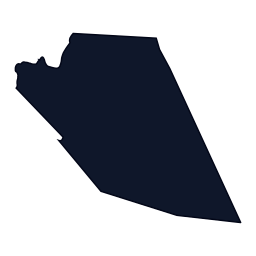 outline of Chassin/Babonneau, Dauphin, Saint Lucia
{"feature_id": "8701671B17247677679787", "entity_name": "Chassin/Babonneau", "entity_type": "district", "adm_level": 2, "iso_a3": "LCA", "parent_name": "Saint Lucia", "parent_adm1": "Dauphin", "projection": "natural_earth1", "projection_center": [-60.929, 13.991], "detail": "fine", "context": "isolated", "style": "filled", "palette": "ink", "viewbox_px": 256, "rotation_deg": 0, "n_neighbors": 0, "source": "geoboundaries", "source_scale": "gbopen_adm2", "svg_char_len": 4119}
<svg xmlns="http://www.w3.org/2000/svg" viewBox="0 0 256 256"><path d="M73.2,33.5L73.0,33.8L72.8,34.0L72.7,34.1L72.6,34.3L72.3,34.6L72.0,34.9L71.8,35.2L71.6,35.4L71.5,35.6L71.2,36.1L71.0,36.3L71.0,36.5L70.9,36.6L70.8,36.8L70.6,37.1L70.1,37.9L70.0,38.2L69.9,38.6L69.8,38.9L69.7,39.3L69.7,39.7L69.7,39.9L69.6,40.1L69.6,40.3L69.6,40.7L69.6,41.1L69.7,41.5L69.8,41.8L69.9,42.1L70.0,42.4L69.8,43.0L69.3,43.9L69.2,44.0L69.0,44.3L68.9,44.4L68.7,44.7L68.5,45.0L68.3,45.2L68.2,45.4L68.1,45.5L67.9,45.7L67.7,46.1L67.4,46.5L67.1,46.9L67.0,47.0L66.9,47.2L66.8,47.3L66.7,47.4L66.4,47.9L66.3,48.1L66.1,48.4L65.9,48.6L65.8,48.9L65.6,49.2L65.5,49.3L65.4,49.5L65.2,49.9L65.0,50.1L64.9,50.3L64.6,50.8L64.4,51.1L64.2,51.4L64.1,51.6L64.0,51.8L63.9,52.0L63.6,52.5L63.4,52.9L63.3,53.1L63.3,53.3L63.1,53.6L63.0,53.8L62.9,54.3L62.8,54.6L62.7,54.7L62.6,54.9L62.5,55.2L62.5,55.4L62.4,55.7L62.3,55.9L62.2,56.2L62.1,56.4L62.1,56.5L61.8,57.7L61.7,58.0L61.6,58.9L61.6,59.2L61.5,59.6L61.5,60.0L61.4,60.5L61.4,60.9L61.3,61.5L61.2,61.9L61.2,62.0L61.0,62.7L60.9,63.1L60.9,63.3L60.8,63.6L60.7,63.8L60.7,64.0L60.6,64.3L60.4,64.6L60.3,64.9L60.3,65.2L60.2,65.3L60.0,65.9L59.9,66.0L59.8,66.4L59.7,66.5L59.4,66.9L59.3,67.0L59.2,67.1L59.0,67.3L58.9,67.4L58.8,67.5L58.6,67.6L58.3,67.8L58.1,67.9L57.9,68.1L57.7,68.1L57.2,68.3L56.8,68.3L56.7,68.3L56.0,68.3L55.9,68.3L55.6,68.2L55.4,68.2L55.2,68.2L54.7,68.1L54.4,68.1L54.2,68.0L53.8,67.9L53.7,67.9L53.3,67.8L53.2,67.8L52.8,67.7L52.6,67.6L52.3,67.6L52.0,67.5L51.9,67.5L51.7,67.4L51.2,67.3L51.0,67.2L50.9,67.2L50.5,67.1L50.3,67.0L50.1,67.0L50.0,66.9L49.7,66.9L49.0,66.7L48.9,66.6L48.7,66.6L48.3,66.4L48.1,66.4L47.8,66.3L47.7,66.2L47.4,66.0L47.3,65.9L47.2,65.8L47.0,65.7L46.9,65.6L46.7,65.3L46.6,65.1L46.4,64.9L46.2,64.7L46.0,64.3L45.9,64.1L45.7,63.9L45.7,63.7L45.5,63.4L45.2,62.9L45.1,62.6L45.0,62.3L44.8,61.6L44.6,61.1L44.6,60.8L44.5,60.6L44.4,60.3L44.4,60.2L44.3,59.7L44.2,59.6L44.1,59.3L43.8,58.7L43.6,58.4L43.6,58.2L43.3,57.8L43.2,57.7L43.0,57.4L42.8,57.3L42.6,57.2L42.4,57.1L42.2,57.1L41.8,57.3L41.7,57.3L41.5,57.5L41.4,57.6L41.1,57.8L41.0,58.0L40.8,58.2L40.6,58.6L40.5,58.8L40.4,59.1L40.2,59.4L39.3,59.6L39.1,59.6L39.3,59.8L39.6,60.2L39.3,60.4L38.7,60.7L38.4,61.0L38.2,61.2L38.1,61.4L37.8,61.8L37.6,62.2L37.4,62.5L37.2,62.9L37.0,63.1L36.8,63.4L36.6,63.7L36.4,63.8L36.1,64.1L35.9,64.1L35.6,64.2L35.3,64.2L35.1,64.2L34.9,64.2L34.7,64.2L33.8,64.2L33.5,64.2L33.3,64.2L32.9,64.2L32.7,64.1L32.3,64.1L32.2,64.1L31.8,64.0L31.5,63.9L31.4,63.8L31.2,63.8L30.9,63.7L30.7,63.6L30.4,63.4L30.1,63.3L29.8,63.2L29.6,63.2L29.4,63.2L29.1,63.2L28.8,63.1L28.7,63.1L28.4,62.9L28.2,62.9L28.0,62.7L27.9,62.7L27.5,62.6L27.2,62.5L26.6,62.4L26.4,62.4L26.2,62.4L25.6,62.4L25.3,62.3L25.2,62.3L24.8,62.2L24.4,62.1L24.2,62.1L23.8,62.0L23.7,62.0L23.4,62.1L23.2,62.1L22.7,62.3L22.2,62.7L21.9,62.9L21.8,63.0L21.7,63.1L21.4,63.4L21.3,63.5L21.2,63.7L20.9,63.9L20.6,64.0L20.4,64.0L20.0,64.1L19.9,64.1L19.6,64.0L19.4,64.0L19.3,63.9L19.1,63.9L18.9,63.8L18.6,63.8L18.4,63.9L18.1,63.9L17.9,64.0L17.7,64.1L17.4,64.3L17.0,64.5L16.9,64.7L16.8,64.8L16.7,64.9L16.6,65.0L16.4,65.3L16.1,65.7L16.1,65.9L16.0,66.0L15.8,66.4L15.7,66.6L15.7,66.9L15.6,67.0L15.5,67.3L15.5,67.6L15.4,67.9L15.4,68.0L15.4,68.3L15.4,69.4L15.4,69.6L15.4,69.8L15.4,70.0L15.4,70.5L15.7,71.2L15.7,71.3L15.8,71.4L15.9,71.5L16.0,71.6L16.4,71.8L16.5,71.9L16.8,72.1L17.0,72.3L17.2,72.7L17.4,73.2L17.8,74.2L17.8,74.4L17.9,74.6L18.0,74.9L18.0,75.1L18.0,75.4L18.0,75.5L18.0,75.8L17.9,76.4L17.9,76.5L17.9,76.8L17.9,77.0L17.9,77.5L17.9,77.9L17.8,78.1L17.8,78.4L17.8,78.5L17.7,78.9L17.6,79.3L17.5,79.5L17.4,80.0L17.3,80.3L17.2,80.9L17.2,81.1L17.1,81.6L17.1,81.8L17.1,82.1L17.1,82.4L17.1,82.6L17.1,83.0L17.1,83.5L17.2,83.8L17.2,84.1L17.3,84.5L17.3,84.8L17.3,85.3L17.3,85.7L17.2,86.0L17.1,86.3L17.1,86.6L17.0,86.9L16.9,87.0L16.8,87.3L16.7,87.4L16.6,87.5L16.4,87.8L16.2,88.1L62.1,136.0L63.2,137.2L62.1,139.7L62.0,139.8L61.9,139.9L61.7,140.1L61.4,140.4L61.1,140.5L60.8,140.7L60.7,140.7L60.4,140.7L59.9,140.7L59.7,140.7L59.4,140.7L59.1,140.6L58.8,140.5L101.0,191.3L176.9,215.3L240.5,222.5L240.6,222.4L169.9,68.8L159.5,49.5L156.2,38.2L73.2,33.5Z" fill="#0f172a" stroke="#020617" stroke-width="1.5"/></svg>